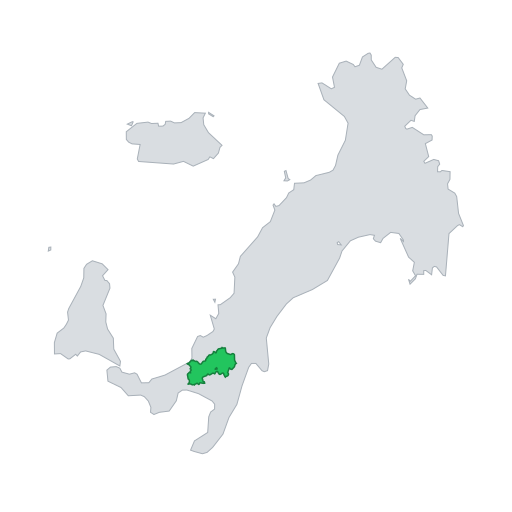 location of Potenza within Italy, rotated 85°
{"feature_id": "ITA-5390", "entity_name": "Potenza", "entity_type": "Province", "adm_level": 1, "iso_a3": "ITA", "parent_name": "Italy", "parent_adm1": "", "projection": "robinson", "projection_center": [15.898, 40.519], "detail": "fine", "context": "in_parent", "style": "filled", "palette": "green", "viewbox_px": 512, "rotation_deg": 85, "n_neighbors": 0, "source": "natural_earth", "source_scale": "10m", "svg_char_len": 7708}
<svg xmlns="http://www.w3.org/2000/svg" viewBox="0 0 512 512"><g transform="rotate(85 256 256)"><path d="M77.9,92.6L81.3,94.4L94.6,90.6L102.5,92.8L109.2,89.1L113.7,83.3L112.9,78.9L123.6,72.0L124.4,79.9L130.1,85.3L135.7,86.6L134.3,89.8L139.7,96.5L142.0,95.8L142.8,94.6L141.5,89.1L149.9,78.3L150.4,70.8L151.9,70.0L155.8,70.5L158.8,77.5L172.0,75.3L176.3,80.6L178.4,79.6L175.3,70.5L177.0,65.8L180.5,65.0L182.8,67.2L187.9,67.8L188.2,65.1L187.0,63.3L188.9,55.3L196.5,56.1L200.8,58.9L206.1,58.8L210.7,52.5L214.3,50.9L231.2,50.5L243.8,46.7L244.8,47.5L242.5,50.6L243.2,52.5L250.5,61.8L292.3,69.0L291.6,71.3L282.6,77.1L281.9,79.3L283.2,81.3L290.0,82.7L285.2,88.1L285.2,90.2L288.9,90.5L288.2,97.2L292.6,99.2L297.5,105.0L292.5,106.1L294.6,104.5L289.6,98.8L284.4,101.2L276.1,98.8L270.4,104.1L251.0,110.8L254.4,107.8L253.0,107.7L246.0,111.7L244.2,119.8L249.5,127.9L253.6,130.7L251.6,135.7L249.0,137.6L245.7,136.2L244.6,140.6L246.2,152.4L249.1,160.7L258.5,169.9L265.4,172.9L286.6,187.0L294.3,202.7L300.8,222.5L306.4,229.9L318.0,240.4L328.6,248.2L338.6,252.9L364.7,252.7L371.2,254.5L372.0,257.8L370.8,260.0L363.0,265.5L362.6,269.9L366.3,273.0L384.0,281.2L402.2,288.0L414.5,297.0L430.5,304.4L442.9,315.9L447.4,321.9L448.3,326.6L445.3,334.7L443.7,338.1L434.8,333.4L427.6,319.5L412.1,317.1L407.5,314.8L404.9,310.6L400.0,310.1L396.6,312.4L388.1,325.3L383.5,336.5L383.2,341.1L385.7,345.5L393.3,348.0L402.9,356.0L403.3,365.9L405.0,371.5L402.5,374.7L397.6,373.9L391.1,375.9L386.4,379.5L384.5,383.0L384.1,395.4L375.3,401.9L367.8,414.4L356.7,414.5L354.0,410.7L354.0,404.9L355.9,401.4L360.0,399.7L362.7,392.4L361.8,387.1L363.4,384.8L372.4,381.2L372.9,373.8L369.5,370.5L366.7,357.1L355.7,331.2L352.1,328.7L342.5,328.0L331.1,321.2L330.4,318.4L332.3,315.6L331.0,311.9L327.5,305.5L325.1,303.9L311.0,306.7L315.0,301.5L310.0,298.1L301.3,298.1L301.4,295.8L295.3,285.3L291.2,281.1L275.2,278.9L270.0,280.7L262.2,274.1L255.0,271.6L237.1,252.7L228.4,247.0L223.0,238.7L211.9,233.2L206.8,234.6L205.6,233.5L208.3,231.9L207.8,228.7L200.5,220.5L196.1,217.9L193.2,212.6L186.9,211.3L187.3,201.8L185.1,195.0L181.1,189.3L179.0,175.7L177.2,171.8L172.8,168.9L162.6,165.6L148.5,156.9L131.7,152.7L124.7,155.8L106.3,174.7L89.5,179.1L89.3,175.2L96.0,166.4L94.8,163.1L84.4,164.2L71.2,156.2L69.7,149.2L73.7,142.4L76.1,140.9L75.0,136.4L67.0,132.6L63.9,126.7L63.7,124.8L65.9,123.7L70.7,124.1L78.5,119.9L80.9,114.3L70.2,100.0L70.7,97.1L77.9,92.6ZM251.7,173.7L252.4,170.1L248.9,172.4L249.8,174.0L251.7,173.7ZM353.7,401.2L340.3,420.8L335.7,434.0L336.3,439.1L340.1,442.7L338.2,444.2L342.2,450.4L342.2,452.1L336.2,459.2L336.0,465.3L324.7,464.4L315.5,460.8L311.0,453.7L307.4,450.8L303.5,448.4L295.5,448.6L292.0,447.1L271.0,433.2L262.8,429.5L253.3,428.5L249.5,425.5L246.5,419.4L250.4,409.9L256.7,404.6L262.3,410.6L267.2,408.6L267.5,406.7L270.9,404.3L275.3,404.3L291.9,412.8L300.6,410.4L308.6,411.4L315.9,410.2L325.4,405.3L336.4,405.8L349.1,400.2L353.7,401.2ZM155.7,295.3L161.0,310.7L155.4,320.0L157.2,330.1L151.6,364.7L149.0,365.8L134.8,361.7L133.5,369.7L131.5,372.9L128.6,375.0L120.9,374.4L113.5,363.1L113.2,351.9L114.9,348.6L115.2,342.1L118.2,341.7L118.5,337.4L116.9,335.0L114.0,334.2L114.2,329.3L116.3,325.6L116.6,319.0L113.0,310.7L107.8,304.6L109.3,294.0L113.8,296.7L120.7,296.6L129.0,292.6L142.8,280.2L144.6,282.4L150.2,284.5L155.3,289.9L153.2,293.3L155.7,295.3ZM182.9,215.7L184.0,218.2L183.5,221.6L180.8,219.6L174.1,220.4L173.5,218.7L181.6,217.2L182.9,215.7ZM115.4,368.7L113.4,372.7L111.4,367.4L111.7,366.7L115.4,368.7ZM113.5,286.5L110.3,290.8L108.8,290.7L112.7,285.6L113.5,286.5ZM233.0,462.5L229.3,461.6L229.2,459.6L232.1,459.9L233.0,462.5ZM298.5,301.0L295.4,302.3L295.5,300.1L298.5,301.0Z" fill="#d9dde1" stroke="#a8b0b8" stroke-width="1"/><path d="M357.4,333.9L357.3,333.7L357.0,333.1L356.8,332.3L356.4,331.6L355.2,330.5L354.3,329.1L354.2,328.9L354.7,328.4L354.7,328.1L354.4,328.0L354.3,327.9L354.2,327.7L354.3,327.6L354.6,327.3L354.9,326.9L355.7,325.6L355.8,325.2L355.7,324.6L355.7,324.3L355.8,324.1L356.1,323.8L356.5,323.3L356.6,323.2L357.0,323.0L357.2,322.9L357.4,322.8L357.6,322.6L357.8,322.3L358.0,322.2L358.4,322.0L358.7,321.4L358.9,321.0L358.9,320.9L358.9,320.7L358.9,320.3L358.8,320.1L358.6,319.8L358.1,319.5L358.0,319.4L357.9,319.3L357.7,318.9L357.5,318.7L356.9,318.4L356.7,318.2L356.4,317.8L356.3,317.5L356.2,316.0L356.1,315.8L356.0,315.5L355.8,315.3L355.7,315.3L355.5,315.2L355.4,315.2L354.9,315.1L354.7,315.1L353.9,314.4L353.6,314.0L353.4,313.8L353.2,313.7L352.9,313.6L352.6,313.6L352.4,313.4L352.0,312.6L351.8,312.4L351.6,312.2L351.2,312.0L351.0,311.9L350.9,311.7L350.6,311.3L350.5,311.1L350.5,310.9L350.5,310.7L350.6,310.4L350.7,310.1L350.6,309.9L349.9,308.1L349.5,307.6L349.0,307.2L348.8,307.1L348.5,307.0L348.1,306.9L347.9,306.9L347.7,306.7L347.5,306.4L347.6,306.2L347.7,305.9L348.1,305.4L348.3,305.2L348.7,305.0L348.8,304.9L349.0,304.5L349.0,304.3L348.9,304.2L348.7,304.0L348.1,303.9L347.2,303.5L347.1,303.4L346.7,302.8L346.6,302.7L346.4,302.6L345.9,302.3L345.7,302.1L345.6,301.9L345.3,301.5L345.2,301.2L345.1,299.9L345.0,299.6L345.0,299.3L345.0,299.2L344.9,298.9L345.0,298.7L344.9,298.4L344.7,298.2L344.2,297.8L344.8,297.2L344.9,296.8L344.9,296.7L344.8,296.3L344.8,296.1L344.8,295.5L344.9,295.1L345.0,294.6L348.4,294.5L349.0,294.3L350.1,293.6L350.6,293.2L350.8,292.8L351.2,291.7L351.7,290.7L351.9,290.1L351.9,289.5L351.3,288.3L351.2,287.8L351.4,287.1L351.7,286.7L352.1,286.3L352.5,286.1L357.7,286.4L358.3,286.3L360.9,285.3L361.2,285.0L361.4,285.3L362.0,286.1L362.4,286.4L362.6,286.5L363.6,286.8L364.3,287.1L364.6,287.3L365.0,287.7L365.3,288.1L366.7,289.6L366.9,289.9L366.9,290.0L366.7,290.5L366.6,290.9L366.5,291.2L366.4,291.3L366.2,291.6L366.1,291.8L365.9,291.9L365.7,292.0L365.5,291.9L365.4,292.0L365.2,292.1L365.2,292.3L365.3,292.5L369.0,294.1L369.3,294.4L369.5,294.4L369.8,294.4L370.0,294.2L370.3,293.9L370.5,293.8L371.1,293.7L371.3,293.7L371.5,293.7L371.8,293.9L372.3,294.1L372.6,294.3L372.9,294.7L373.0,294.9L373.4,296.2L373.6,296.7L374.0,297.1L373.4,297.5L371.1,298.4L370.2,298.5L369.9,298.8L369.7,299.8L370.8,301.7L370.7,302.8L368.9,303.9L368.0,304.2L367.7,304.4L367.6,305.4L368.2,306.1L369.8,307.4L369.7,307.6L369.1,308.5L369.0,309.5L370.2,311.8L370.4,312.9L370.1,313.3L369.7,313.7L369.4,314.1L369.5,314.6L369.8,314.9L370.7,315.4L370.9,315.8L371.7,318.8L372.0,319.4L372.4,319.9L373.0,320.1L373.6,320.2L374.8,319.8L375.9,319.8L376.4,319.5L376.6,319.3L376.7,318.7L376.8,318.5L377.1,318.4L377.5,318.3L378.3,318.3L378.2,319.8L377.5,322.5L377.6,323.1L378.0,323.4L378.5,323.6L378.9,324.0L378.9,324.5L378.5,324.9L378.2,325.1L377.9,325.3L377.7,325.7L377.7,326.1L377.8,326.4L378.2,327.0L378.3,327.3L378.3,327.8L378.4,328.0L378.5,328.2L379.1,328.6L379.0,328.8L378.8,329.1L378.7,329.4L378.7,329.5L378.8,330.5L378.7,330.8L378.6,331.1L378.3,331.4L378.1,331.6L378.0,331.9L377.9,332.1L377.8,332.6L377.7,332.8L377.6,333.0L377.4,333.2L377.3,333.3L377.3,333.5L377.6,333.7L377.7,333.8L377.8,334.0L377.8,334.5L377.7,334.8L377.4,334.7L377.2,334.6L377.0,334.3L376.9,334.1L376.7,333.9L376.4,333.7L376.2,333.5L376.1,333.4L375.9,333.4L374.6,333.2L374.3,333.2L373.6,333.4L373.0,333.7L372.9,333.8L372.7,334.2L372.4,334.3L368.9,334.6L368.6,334.7L368.4,334.7L368.2,334.6L367.8,334.5L367.6,334.4L367.1,333.7L366.4,332.9L366.2,332.7L366.2,332.4L366.3,332.1L366.6,331.6L366.6,331.4L366.4,331.4L365.8,331.7L365.6,331.7L365.3,331.7L365.1,331.6L364.9,331.4L364.4,330.8L364.4,330.7L364.1,330.6L363.8,330.6L363.2,330.7L363.0,330.9L362.8,331.3L362.7,331.4L362.3,331.3L362.2,331.2L361.9,330.9L361.2,330.5L360.9,330.5L360.6,330.7L358.5,332.2L358.3,332.4L358.2,332.6L358.0,333.1L357.5,333.8L357.4,333.9ZM365.3,306.4L365.2,305.4L365.3,304.8L365.0,304.6L364.3,304.7L363.9,305.1L364.3,305.6L364.7,306.3L365.3,306.4Z" fill="#22c55e" stroke="#15803d" stroke-width="1.5"/></g></svg>